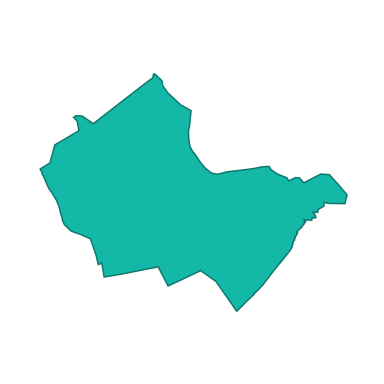 the district of Monclova, Coahuila, Mexico, rotated 189°
{"feature_id": "50627088B80535249713171", "entity_name": "Monclova", "entity_type": "district", "adm_level": 2, "iso_a3": "MEX", "parent_name": "Mexico", "parent_adm1": "Coahuila", "projection": "natural_earth1", "projection_center": [-101.35, 26.881], "detail": "fine", "context": "isolated", "style": "filled", "palette": "teal", "viewbox_px": 384, "rotation_deg": 189, "n_neighbors": 0, "source": "geoboundaries", "source_scale": "gbopen_adm2", "svg_char_len": 3816}
<svg xmlns="http://www.w3.org/2000/svg" viewBox="0 0 384 384"><g transform="rotate(189 192 192)"><path d="M247.4,302.8L248.5,302.2L248.4,299.4L248.4,298.9L256.5,290.5L262.4,284.3L266.0,280.5L269.6,276.6L274.1,271.9L274.6,271.3L276.5,269.3L279.2,266.5L280.0,265.6L281.3,264.2L283.5,261.8L284.0,261.3L285.1,260.2L285.6,259.6L286.4,258.8L287.0,258.1L288.2,256.8L288.3,256.7L289.1,255.9L291.8,253.0L296.4,248.0L300.2,244.1L302.8,245.3L309.4,248.4L310.0,248.7L310.7,249.0L311.9,249.6L312.4,249.8L313.1,249.8L314.4,249.6L314.8,249.6L318.8,249.1L319.7,247.7L320.6,247.3L316.4,243.8L313.3,234.9L334.8,217.1L335.9,207.4L336.9,198.5L339.7,196.0L345.5,191.0L345.0,189.6L343.6,188.9L343.0,186.7L340.1,182.8L336.9,177.4L333.7,172.8L330.9,170.1L324.4,162.4L320.8,156.3L320.4,155.5L318.7,150.9L316.8,147.3L315.2,143.3L312.9,139.8L305.8,134.8L303.5,134.1L294.7,132.5L284.8,129.7L278.5,117.7L277.0,114.9L276.8,114.5L273.7,106.9L273.3,105.7L269.9,107.5L265.5,94.3L249.6,99.6L213.7,112.8L206.2,102.6L200.9,95.4L196.7,98.3L188.6,103.7L187.4,104.6L172.0,115.1L171.4,115.8L170.4,115.3L154.5,107.5L139.5,92.0L136.5,88.9L129.9,81.9L129.0,81.2L128.2,82.4L124.0,88.3L123.4,89.1L120.4,93.2L117.6,96.9L115.8,99.2L114.7,100.6L115.0,100.9L109.7,107.9L108.1,110.9L107.8,110.7L107.0,112.1L106.1,113.9L104.9,116.0L103.4,118.8L102.7,120.0L102.2,120.9L101.7,121.9L100.5,124.2L98.8,127.3L96.8,130.8L94.6,134.7L94.1,135.7L93.6,136.5L93.5,136.3L91.3,140.1L91.2,140.2L90.5,141.6L89.6,143.1L88.7,144.7L88.5,145.2L87.9,146.2L87.4,147.1L86.7,148.3L85.8,149.9L85.4,150.6L85.3,151.1L85.2,151.5L85.0,152.3L84.9,152.5L84.8,153.1L84.7,153.3L84.8,153.3L84.9,153.5L84.7,153.9L84.7,154.0L84.6,154.3L84.5,154.6L84.5,155.0L84.6,155.3L84.6,155.5L84.5,155.8L84.4,155.9L84.4,156.0L84.2,156.2L84.2,156.3L84.2,156.5L84.2,156.8L84.1,157.0L84.1,157.3L84.1,157.5L84.4,157.8L84.6,158.1L84.4,158.3L84.3,158.7L84.1,159.1L84.0,159.4L84.0,159.5L83.8,159.8L83.7,159.8L83.4,160.4L83.2,160.6L83.6,161.1L83.4,161.3L83.1,161.9L83.6,162.3L83.2,162.8L82.9,163.3L83.3,163.7L83.2,163.9L83.4,164.1L83.2,164.3L83.1,164.5L82.8,164.5L82.6,164.8L82.3,165.2L82.2,165.5L82.0,165.8L81.8,166.5L81.6,167.1L81.8,167.2L81.4,167.9L81.9,168.3L81.7,168.5L81.5,168.8L82.0,169.2L81.7,169.7L81.5,170.0L81.4,170.1L81.0,170.7L80.8,171.0L80.6,171.3L80.4,171.5L80.3,171.8L80.2,171.8L80.1,172.0L79.9,172.3L79.7,172.6L79.5,172.8L79.3,173.3L79.2,173.4L78.9,174.1L78.5,174.5L78.2,174.3L78.2,174.6L78.1,174.8L78.1,175.0L77.9,175.2L77.9,175.4L77.9,175.5L77.7,175.8L77.6,176.0L77.4,176.2L77.4,176.3L77.2,176.5L77.0,176.8L76.9,176.8L76.8,177.0L76.7,177.2L76.6,177.3L76.5,177.5L76.4,177.7L76.4,177.8L76.3,178.0L76.2,178.1L76.1,178.3L76.1,178.5L76.1,178.8L76.2,179.0L76.2,179.3L76.3,179.3L76.3,179.5L76.2,179.5L75.9,179.6L76.0,179.7L76.1,179.8L76.0,180.0L75.9,180.0L75.9,180.3L75.8,180.5L75.7,180.5L75.7,180.4L75.4,180.5L75.2,180.6L75.5,180.9L77.1,182.1L75.9,182.2L74.0,182.4L72.2,182.6L70.9,182.7L69.7,182.8L69.4,182.8L69.5,184.4L69.2,184.4L69.3,185.4L65.7,185.8L65.7,186.0L65.8,186.4L65.9,186.7L66.0,187.0L66.1,187.4L66.5,188.0L66.7,188.4L67.2,189.0L68.2,189.9L69.2,190.7L69.6,191.1L68.3,191.2L64.6,191.6L64.8,194.4L59.5,198.6L59.8,201.5L59.9,202.4L55.3,202.1L55.2,202.1L54.9,202.2L54.7,202.2L39.1,204.4L38.5,213.5L39.5,214.4L49.3,222.8L58.8,230.4L59.1,230.6L67.5,229.9L83.0,218.6L87.9,222.7L92.0,222.4L92.3,222.3L97.4,218.6L98.0,218.1L100.7,220.9L110.5,223.1L117.5,226.5L119.8,229.3L121.8,228.9L126.6,227.9L134.8,224.8L144.3,222.0L159.4,217.7L161.3,217.1L169.3,213.6L175.5,213.6L181.8,217.2L183.2,218.0L188.6,222.9L195.1,230.0L197.9,232.2L201.0,236.5L202.5,240.8L204.3,247.6L204.5,248.3L205.0,253.1L204.7,256.5L205.7,272.3L216.9,276.3L231.5,286.2L236.6,291.4L238.2,293.8L238.3,295.3L239.1,297.1L240.6,298.1L241.1,298.8L243.4,300.0L245.2,301.5L247.4,302.8Z" fill="#14b8a6" stroke="#0f766e" stroke-width="1.5"/></g></svg>